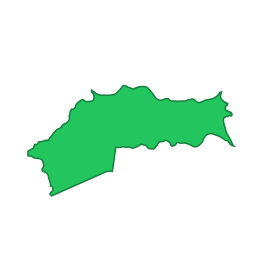 outline of Anse Ger, Micoud, Saint Lucia, rotated 344°
{"feature_id": "8701671B87504135677093", "entity_name": "Anse Ger", "entity_type": "district", "adm_level": 2, "iso_a3": "LCA", "parent_name": "Saint Lucia", "parent_adm1": "Micoud", "projection": "orthographic", "projection_center": [-60.912, 13.796], "detail": "fine", "context": "isolated", "style": "filled", "palette": "green", "viewbox_px": 256, "rotation_deg": 344, "n_neighbors": 0, "source": "geoboundaries", "source_scale": "gbopen_adm2", "svg_char_len": 5858}
<svg xmlns="http://www.w3.org/2000/svg" viewBox="0 0 256 256"><g transform="rotate(344 128 128)"><path d="M101.0,165.5L110.9,143.3L111.6,143.4L112.8,143.9L113.4,144.0L114.6,144.4L115.2,144.5L115.8,144.6L118.3,144.7L118.9,144.9L121.0,146.2L121.6,146.4L122.2,146.4L122.8,146.3L123.4,146.4L124.0,146.7L125.4,147.9L126.5,148.6L127.1,148.7L128.4,148.7L131.5,148.5L132.2,148.4L134.6,147.8L135.7,147.2L136.3,147.2L137.4,147.9L137.8,148.3L139.5,149.2L140.5,150.0L140.9,150.5L141.5,152.3L141.8,152.8L142.3,153.3L142.8,153.7L143.3,154.0L145.2,154.7L146.4,155.1L147.0,155.1L147.7,155.1L148.2,154.8L149.6,153.6L151.2,152.6L152.1,151.6L152.5,151.2L153.0,150.8L153.5,150.4L154.6,149.8L155.3,150.0L155.8,150.3L156.4,150.5L157.0,150.6L157.6,150.5L158.9,150.5L160.2,150.3L160.8,150.3L161.4,150.5L161.9,150.9L163.2,152.2L163.6,152.7L164.3,153.7L164.5,154.3L164.5,156.2L164.6,156.8L164.9,157.4L165.4,157.7L166.0,157.8L167.2,157.4L168.8,157.4L169.1,157.3L169.5,156.9L170.1,156.2L170.5,155.8L170.9,155.6L171.2,155.6L171.7,155.7L172.4,156.1L173.8,156.7L174.4,157.1L174.9,157.3L175.8,157.5L177.2,157.7L178.7,158.2L179.4,158.6L180.2,159.1L180.5,159.4L180.8,159.6L181.3,159.9L182.2,160.5L183.8,161.9L184.7,162.8L186.2,164.2L186.7,164.4L188.0,164.8L189.0,164.8L189.5,164.8L190.0,164.6L192.3,163.9L193.2,163.4L193.6,163.1L194.1,162.8L195.1,162.3L195.4,162.1L195.7,161.8L197.4,159.5L197.8,159.1L200.5,156.8L201.0,156.5L202.0,156.4L203.4,156.0L203.9,155.9L204.4,156.0L206.0,156.2L206.7,156.5L207.6,156.9L208.9,157.8L211.8,159.9L214.2,161.8L216.6,164.4L218.2,166.6L219.9,167.6L220.6,168.3L220.8,168.7L221.0,169.1L221.3,170.7L221.9,171.9L222.7,173.0L223.4,173.7L224.3,174.3L224.8,174.5L224.5,174.1L224.1,172.9L223.4,168.1L222.8,165.3L222.4,164.2L222.1,162.6L221.7,161.7L221.5,160.1L221.5,159.2L221.3,158.0L221.3,156.1L221.5,154.7L221.3,151.5L221.6,148.6L221.8,146.7L222.5,145.4L223.0,144.8L223.4,144.4L224.5,144.4L224.9,144.1L226.6,144.1L227.0,144.5L228.0,144.1L228.9,144.1L229.4,144.2L230.2,144.8L230.8,144.8L231.2,144.5L231.7,144.0L231.8,143.4L231.7,143.3L231.6,142.3L230.9,142.3L230.6,142.0L231.0,141.1L230.4,140.9L229.6,140.1L229.2,140.0L229.0,139.5L228.3,138.7L227.7,138.9L227.1,138.0L227.0,137.4L227.0,136.4L227.4,134.8L227.8,134.1L229.3,133.4L229.5,132.7L230.1,132.9L230.5,132.5L230.5,132.0L229.8,132.0L229.7,131.9L229.3,131.4L229.5,130.9L228.8,130.6L228.2,130.0L227.7,129.1L226.5,127.7L225.5,125.5L225.5,123.9L226.2,121.6L227.8,119.1L227.7,119.1L227.1,119.1L226.5,119.1L225.9,119.2L225.4,119.6L224.8,120.5L223.9,120.8L223.6,121.0L223.2,121.4L221.3,122.3L220.6,122.4L219.1,122.9L218.4,123.0L217.5,123.2L216.2,123.1L214.5,123.0L212.1,122.7L211.0,122.6L209.0,122.7L205.1,123.2L203.7,123.2L202.8,123.1L202.5,123.0L201.9,122.5L201.3,121.9L200.4,120.5L199.8,119.3L199.1,118.5L198.5,118.1L197.8,117.8L197.1,117.7L196.5,117.6L195.4,117.9L195.1,117.8L194.2,117.3L192.3,117.7L191.5,117.8L189.8,117.8L189.3,117.7L188.2,117.2L187.5,117.0L183.5,116.1L181.6,115.4L180.7,115.0L179.6,114.7L178.8,114.4L177.5,114.2L177.1,114.0L176.4,113.6L175.9,113.1L175.6,112.5L175.3,111.6L175.1,111.2L174.6,110.8L174.1,110.6L173.2,110.4L171.8,110.3L169.9,110.3L168.6,110.5L168.0,110.5L167.8,110.6L167.2,110.3L166.2,110.1L165.5,109.7L165.2,109.5L164.6,108.9L163.9,108.1L163.4,107.6L162.9,106.6L162.5,105.7L161.1,101.3L160.5,100.0L160.0,99.0L159.0,96.8L158.5,95.7L157.9,94.9L156.8,93.7L156.3,93.3L154.9,92.6L154.1,92.3L152.9,92.1L151.8,91.7L150.8,91.6L149.4,91.5L146.4,91.5L145.9,91.7L145.5,92.0L145.2,92.2L144.0,91.9L143.0,91.5L142.3,91.1L142.0,90.7L140.2,89.3L139.1,88.8L138.7,88.3L138.4,87.7L137.9,87.3L137.0,86.7L136.5,86.4L136.2,86.2L135.8,86.1L135.2,86.0L134.9,86.0L134.5,86.2L132.6,87.7L131.8,88.2L131.1,88.8L130.6,89.1L129.6,89.5L129.1,89.8L128.4,90.0L127.6,90.8L127.3,90.8L126.5,91.2L125.6,91.5L125.0,91.8L124.4,91.9L123.4,92.0L122.2,91.8L120.7,91.6L118.3,91.1L116.9,90.8L116.3,90.7L115.1,90.1L114.0,89.7L111.2,89.1L109.9,88.4L109.5,88.2L107.5,86.7L107.0,86.2L105.4,84.1L104.6,83.2L104.1,82.5L103.7,81.5L103.2,82.0L103.0,82.6L103.0,83.0L103.1,83.6L103.6,84.5L104.0,86.2L104.1,87.5L104.0,88.3L103.8,89.1L103.3,90.2L102.6,91.5L102.2,91.8L101.9,92.1L101.7,92.2L101.3,92.2L100.9,92.2L99.2,91.9L97.3,91.7L96.3,91.4L95.4,91.3L94.9,91.0L94.4,90.6L93.8,89.9L93.5,89.3L93.0,88.7L92.1,88.1L91.5,88.0L91.0,88.1L89.5,88.8L87.5,89.4L86.7,89.8L85.4,90.6L83.9,91.8L83.9,92.0L83.5,92.9L83.4,93.2L82.9,93.7L82.1,94.3L81.5,94.5L80.8,94.7L80.4,94.7L79.0,94.5L78.8,94.3L78.5,94.7L77.1,96.2L76.6,96.9L75.9,98.9L75.6,99.4L75.3,99.6L75.1,99.8L74.5,101.4L74.4,102.5L74.3,103.1L74.1,103.5L73.2,104.3L72.6,105.0L71.7,105.6L70.4,106.0L69.9,106.3L69.1,106.5L68.2,106.6L67.8,106.5L67.2,106.6L66.4,106.9L65.5,107.5L64.4,108.1L64.4,108.7L64.5,109.0L63.0,109.3L62.5,109.5L59.7,109.8L58.5,110.3L58.0,110.5L57.3,111.2L55.3,112.0L54.2,112.9L53.9,113.4L52.9,114.2L52.2,114.7L49.9,116.1L47.9,118.1L47.3,117.7L46.8,117.5L46.1,117.3L45.3,117.2L44.6,117.2L44.3,117.0L43.8,117.4L43.2,117.5L42.8,117.4L42.3,117.1L41.3,117.3L40.6,117.2L39.6,116.8L38.7,116.8L38.0,117.0L37.3,117.7L36.5,118.5L36.1,118.6L35.6,118.7L35.0,118.6L34.3,118.2L33.8,118.1L33.4,118.3L32.7,119.8L32.1,120.4L31.3,121.5L29.5,121.7L28.6,122.0L27.8,122.2L26.4,122.4L25.7,122.6L25.2,123.2L24.2,127.2L25.2,127.8L26.5,128.0L27.1,128.1L28.0,129.0L28.7,129.9L29.1,130.4L30.2,131.2L30.7,131.5L31.5,131.6L32.4,132.1L34.9,133.3L35.9,134.2L36.7,135.5L36.9,136.2L36.8,137.0L36.8,138.5L36.9,139.3L36.8,140.3L36.5,141.5L35.9,142.2L34.2,143.5L33.8,144.6L33.8,145.0L34.0,145.8L34.7,146.6L36.5,147.7L37.1,148.4L37.7,150.0L38.2,150.7L38.1,152.7L38.0,153.7L38.0,155.7L38.1,157.0L38.1,159.5L38.0,160.6L37.8,161.6L37.5,162.5L38.1,162.7L38.8,163.1L39.1,164.0L39.2,164.6L38.7,167.1L38.5,167.5L38.1,167.7L37.2,168.1L36.0,168.8L35.0,169.4L34.9,169.7L34.9,170.3L35.3,171.0L35.8,172.2L95.7,163.9L96.2,164.1L97.3,164.4L98.5,164.4L101.0,165.5Z" fill="#22c55e" stroke="#15803d" stroke-width="1.5"/></g></svg>